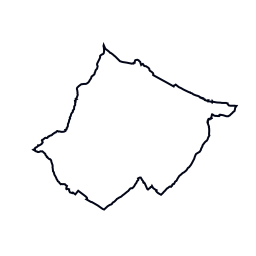 Livezi, Vâlcea, Romania (Albers equal-area conic projection), rotated 40°
{"feature_id": "2599482B52258846175967", "entity_name": "Livezi", "entity_type": "district", "adm_level": 2, "iso_a3": "ROU", "parent_name": "Romania", "parent_adm1": "Vâlcea", "projection": "albers", "projection_center": [23.831, 44.84], "detail": "fine", "context": "isolated", "style": "outline", "palette": "ink", "viewbox_px": 256, "rotation_deg": 40, "n_neighbors": 0, "source": "geoboundaries", "source_scale": "gbopen_adm2", "svg_char_len": 5697}
<svg xmlns="http://www.w3.org/2000/svg" viewBox="0 0 256 256"><g transform="rotate(40 128 128)"><path d="M196.2,157.9L196.5,155.5L196.5,154.0L196.7,152.1L196.7,149.4L197.1,148.3L197.5,146.2L198.7,145.4L198.5,145.0L198.7,144.8L198.9,144.0L198.8,143.5L198.4,143.0L198.4,142.7L198.6,141.9L199.2,141.2L198.6,138.9L198.7,138.2L199.0,137.6L199.0,136.9L198.5,134.9L198.1,131.6L198.5,129.9L198.8,127.4L199.4,126.0L199.9,123.4L199.9,122.1L199.6,120.4L199.6,119.9L200.0,118.8L199.9,115.8L199.4,113.1L199.1,111.8L198.5,109.0L197.8,107.4L196.9,104.7L196.9,103.9L197.2,103.0L198.2,100.1L197.9,98.0L197.3,96.7L196.8,94.3L196.3,93.4L196.2,93.0L196.1,90.5L196.0,89.8L196.1,89.2L196.1,88.5L196.5,87.2L196.3,85.5L195.8,84.5L195.5,83.3L195.3,82.9L195.2,81.9L195.2,81.5L194.1,80.7L192.0,77.9L190.8,76.6L190.6,76.3L189.4,75.4L189.2,74.9L185.2,72.6L184.8,71.9L185.1,71.8L184.7,71.4L184.8,71.3L184.5,70.4L184.3,70.3L184.4,70.1L184.1,69.8L184.1,69.5L183.9,69.4L183.9,69.2L184.1,69.0L184.8,68.8L185.1,68.6L184.9,68.0L185.5,67.5L185.2,67.1L185.7,66.6L184.9,66.1L183.6,63.6L183.9,63.3L186.2,63.1L187.7,62.2L188.0,61.8L188.9,61.3L190.2,60.2L190.2,59.8L189.8,59.4L190.1,59.1L189.9,58.8L189.9,58.7L192.6,57.1L195.7,55.8L196.4,55.3L197.2,54.6L197.3,54.1L197.8,53.2L198.0,51.1L198.3,49.2L198.2,48.6L198.7,46.6L197.8,44.7L197.5,44.3L197.0,43.3L197.0,42.1L196.9,41.4L196.2,42.0L195.5,42.3L192.3,45.0L190.8,45.9L189.5,45.7L188.9,45.5L188.5,45.1L187.7,45.6L187.1,45.7L183.7,48.5L182.9,48.9L179.7,51.3L176.6,53.1L176.2,53.4L175.7,53.3L176.0,53.7L175.8,53.9L176.1,54.0L176.1,54.3L175.0,53.9L174.7,54.5L172.6,55.6L172.4,56.0L172.1,55.8L171.5,56.1L171.4,55.4L171.2,55.6L171.2,56.0L171.0,56.3L168.9,57.2L168.6,57.2L168.4,56.8L166.5,57.3L166.4,56.9L166.0,57.0L165.9,57.6L165.2,57.6L165.0,57.8L164.9,57.7L164.5,57.9L164.2,57.8L163.7,58.2L163.4,58.0L162.9,58.2L162.4,58.1L160.6,58.6L160.0,59.0L158.4,59.6L156.2,60.3L155.2,60.2L153.5,60.8L153.3,61.0L152.6,60.8L151.9,61.3L151.2,61.5L145.7,62.9L143.2,63.3L140.7,64.0L136.7,64.1L136.6,64.8L136.0,65.7L136.3,66.8L128.8,68.2L113.3,71.3L113.2,71.3L113.0,70.9L112.8,70.5L111.9,69.9L109.8,69.8L108.1,70.1L107.1,69.8L106.6,69.2L105.5,68.8L104.5,68.8L102.1,69.1L101.7,69.3L101.1,69.8L100.6,70.0L99.2,69.8L99.0,69.5L98.1,69.4L97.8,69.9L97.7,70.4L97.5,70.6L97.5,71.2L96.4,70.6L94.8,69.5L93.1,69.5L92.6,69.3L91.2,69.8L90.1,71.2L90.0,71.4L90.2,72.2L91.2,73.8L90.6,74.3L90.8,75.1L90.0,75.5L89.9,75.9L89.7,76.2L85.1,78.7L81.3,81.0L78.9,82.0L72.1,81.4L71.2,81.5L69.7,81.4L67.0,81.5L66.1,81.9L64.7,81.7L62.9,81.7L60.1,81.9L59.1,81.6L56.1,80.1L56.5,80.9L58.0,82.1L59.6,83.7L60.5,84.8L61.3,86.2L61.4,86.9L61.3,87.5L60.6,88.8L60.3,90.4L60.3,90.7L61.2,91.8L61.6,92.7L63.0,98.5L63.7,99.5L65.0,100.1L65.3,100.7L65.5,101.2L65.9,101.8L66.2,102.7L66.1,103.7L66.1,104.6L66.8,106.1L66.9,106.9L67.5,107.8L67.8,108.7L67.5,109.3L67.4,110.6L67.0,111.9L67.7,113.6L67.9,114.7L68.0,116.2L68.3,117.4L68.3,118.3L68.1,119.7L67.5,121.1L67.0,121.7L65.8,122.7L65.0,123.6L64.1,124.5L63.4,127.4L63.2,129.5L63.3,130.3L63.9,131.1L64.7,131.6L66.6,133.3L67.2,134.2L67.8,134.5L68.4,135.3L68.6,136.0L69.1,137.3L69.3,138.1L69.3,138.5L69.5,138.7L69.4,139.1L70.2,139.0L69.9,140.0L70.1,140.7L70.4,141.2L70.1,141.4L70.7,141.9L70.7,141.5L70.8,141.4L71.0,141.5L71.2,141.9L71.5,143.0L72.1,143.5L72.8,144.5L72.9,146.0L74.6,148.3L74.5,149.0L74.6,149.5L74.5,150.0L74.8,150.3L74.9,150.6L75.2,150.8L75.4,151.3L75.3,152.6L75.5,153.8L75.8,154.5L76.4,155.5L76.4,155.9L76.6,156.6L76.6,157.3L77.6,158.0L77.7,159.4L78.6,161.0L79.1,162.1L79.4,163.5L80.8,165.4L80.9,166.2L81.2,166.7L81.1,167.6L81.6,168.1L81.8,168.6L81.7,169.1L81.2,169.7L81.8,170.0L82.0,170.4L81.5,171.6L80.9,172.4L79.7,173.6L77.4,174.9L76.9,175.5L76.0,175.6L75.7,175.9L75.5,176.8L75.5,177.9L74.9,178.7L74.7,179.3L74.7,179.9L74.2,181.1L74.3,182.0L74.1,182.5L74.0,182.9L73.4,183.6L73.1,184.3L72.9,185.2L72.5,185.5L72.4,186.2L72.6,187.1L72.5,187.5L72.2,187.9L71.1,188.5L70.8,189.0L70.5,190.8L70.4,191.5L69.9,192.2L69.9,192.7L70.1,193.0L71.4,193.5L72.0,194.0L72.0,194.4L71.9,195.0L72.1,195.6L71.6,197.4L71.2,198.2L71.0,198.9L70.9,199.1L70.6,198.9L70.3,199.0L70.6,199.7L70.4,201.3L70.2,201.8L69.8,202.4L69.7,203.0L69.9,203.6L70.4,204.1L69.5,205.2L69.4,205.5L70.1,205.4L70.8,205.0L71.3,205.2L72.3,205.1L73.2,204.5L73.8,204.6L74.5,204.3L75.2,203.6L76.1,201.9L77.0,201.4L77.4,200.9L81.2,201.0L81.8,201.5L82.3,201.7L84.0,202.0L84.5,202.0L84.6,202.4L87.8,202.4L88.2,202.0L88.9,202.0L89.9,202.2L91.1,203.2L94.0,204.9L94.9,205.8L95.6,206.8L96.1,207.1L97.3,208.3L97.8,208.7L98.3,209.3L99.6,209.6L101.7,211.1L103.5,211.7L105.1,212.4L106.3,213.1L107.0,213.2L108.5,213.9L109.7,213.7L110.7,214.1L112.7,214.3L113.0,213.7L114.1,213.0L114.8,212.3L115.9,211.6L116.6,211.8L118.5,211.6L118.8,212.7L119.8,214.3L120.4,214.3L120.7,213.5L122.3,212.8L122.7,213.4L123.9,214.2L124.9,214.6L127.3,213.6L127.3,212.9L130.3,212.7L130.2,208.1L139.4,207.6L141.3,207.8L141.8,208.1L142.1,208.5L141.9,209.4L147.4,208.4L147.8,208.0L154.5,206.8L160.6,206.3L162.1,205.8L162.7,201.0L163.5,198.6L164.2,197.5L164.5,196.5L164.3,195.9L164.4,194.4L164.9,193.2L165.1,190.9L165.1,189.5L165.5,188.5L165.8,187.4L166.9,184.9L167.2,182.7L167.5,181.7L168.4,177.0L168.7,176.1L168.6,174.0L168.7,172.9L169.1,172.1L169.9,171.5L170.1,170.7L170.2,168.8L169.7,166.3L169.7,164.7L169.1,162.9L169.3,161.3L168.8,160.5L168.1,160.2L168.4,159.4L168.8,158.5L169.6,157.8L171.2,158.3L171.8,158.7L173.2,158.9L174.3,159.3L174.4,159.6L175.2,159.5L175.4,159.9L175.7,159.8L175.9,159.5L176.6,159.7L181.8,162.3L182.8,162.3L182.9,162.2L182.7,161.6L183.1,161.0L183.4,159.6L183.3,158.6L183.8,158.3L183.9,158.1L183.6,157.0L185.7,157.8L186.9,157.8L188.7,157.6L189.9,157.3L190.0,158.2L191.4,158.5L193.0,158.5L196.2,157.9Z" fill="none" stroke="#020617" stroke-width="2"/></g></svg>